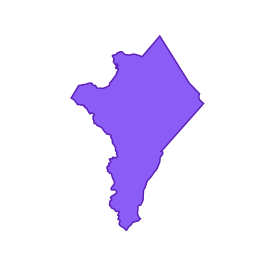 San Jeronimo, Copán, Honduras (orthographic projection), rotated 109°
{"feature_id": "27666195B76095936312839", "entity_name": "San Jeronimo", "entity_type": "district", "adm_level": 2, "iso_a3": "HND", "parent_name": "Honduras", "parent_adm1": "Copán", "projection": "orthographic", "projection_center": [-88.881, 14.954], "detail": "fine", "context": "isolated", "style": "filled", "palette": "violet", "viewbox_px": 256, "rotation_deg": 109, "n_neighbors": 0, "source": "geoboundaries", "source_scale": "gbopen_adm2", "svg_char_len": 5799}
<svg xmlns="http://www.w3.org/2000/svg" viewBox="0 0 256 256"><g transform="rotate(109 128 128)"><path d="M118.3,191.5L118.4,190.3L118.6,189.2L118.9,188.5L119.1,187.8L120.8,185.2L121.4,184.4L122.0,183.8L122.2,183.4L122.2,183.1L121.9,182.5L121.7,181.9L121.6,181.2L121.7,179.9L121.5,179.4L121.2,178.6L121.0,178.0L120.9,177.3L121.0,176.8L121.2,176.6L121.4,176.6L121.7,176.7L121.9,176.6L122.0,176.3L122.0,175.9L122.0,175.7L122.5,175.3L122.7,175.1L122.7,174.8L122.6,174.4L122.6,174.2L123.0,173.7L123.1,173.4L122.9,173.1L123.0,172.9L123.5,172.9L123.7,172.7L126.6,169.3L126.9,168.6L126.9,168.3L126.6,167.8L126.3,167.7L125.8,167.7L125.7,167.7L125.5,167.2L125.6,166.1L126.0,164.6L126.2,164.3L126.6,164.3L127.5,164.5L128.3,164.9L130.1,164.1L130.8,164.0L131.1,163.8L131.6,163.3L131.9,163.0L133.1,162.3L134.8,161.3L134.8,161.1L134.5,161.0L134.4,160.8L134.4,160.1L134.6,159.4L134.9,158.6L135.2,158.4L135.6,158.2L135.8,157.6L135.7,156.6L136.0,154.8L135.9,153.9L136.1,153.3L136.3,152.8L136.9,152.0L139.3,148.7L139.4,148.3L139.4,147.6L139.5,147.2L139.8,146.9L140.4,146.7L140.5,146.5L140.6,146.3L140.2,143.1L140.3,142.2L140.5,141.8L140.7,141.6L141.1,141.4L141.9,141.4L142.4,141.2L142.7,140.9L143.3,140.1L143.8,139.5L144.6,138.9L145.3,138.4L146.0,138.1L146.3,138.1L146.6,138.3L146.8,138.2L147.8,137.2L148.2,136.4L148.4,135.9L149.5,134.6L150.2,133.8L151.0,133.4L152.2,132.8L153.3,132.5L153.6,132.3L154.1,131.3L154.6,130.6L155.0,130.4L155.7,130.6L156.2,130.4L156.7,130.1L157.1,129.5L157.3,129.2L158.2,128.7L158.5,128.7L158.8,128.8L159.2,129.1L159.6,129.5L160.0,130.2L160.4,131.0L160.5,131.5L160.4,132.2L160.6,132.7L160.9,133.0L161.2,133.1L161.4,133.0L161.7,132.6L161.9,132.6L162.1,132.7L162.6,133.8L163.0,134.9L163.3,135.4L163.5,135.4L164.0,135.1L165.5,133.4L165.8,133.2L166.0,133.2L166.3,133.2L166.5,133.4L167.7,134.7L167.9,134.7L168.3,134.5L169.0,134.2L169.7,133.7L169.9,133.7L170.1,133.7L170.2,133.8L170.4,134.5L170.7,134.8L171.5,135.0L172.3,135.1L172.8,134.9L173.5,134.4L173.7,134.1L174.1,133.4L174.6,132.9L174.9,132.9L175.0,132.9L175.2,133.2L175.3,133.3L175.5,133.2L175.6,132.7L175.6,132.2L175.7,131.8L176.2,131.4L176.7,130.8L176.7,130.6L176.5,130.1L176.5,129.7L176.5,129.0L176.7,128.8L177.1,128.5L180.5,126.2L181.3,125.3L182.2,124.3L183.0,123.6L183.4,123.3L184.2,123.0L185.1,122.9L186.8,123.2L189.0,124.0L189.8,124.1L190.4,124.2L190.9,124.1L191.3,124.0L191.7,123.8L191.8,123.6L191.9,123.4L191.8,122.8L191.5,122.1L190.9,121.3L190.8,121.0L190.8,120.6L191.0,119.6L191.3,118.8L191.7,118.2L192.2,117.9L192.6,117.7L193.0,117.8L193.8,118.2L195.5,119.3L197.9,121.3L198.6,121.7L199.1,121.9L199.5,121.9L199.9,121.5L200.1,121.2L200.2,120.7L200.3,120.5L200.5,120.3L200.8,120.2L201.1,120.1L201.5,120.2L201.8,120.4L202.2,121.0L202.6,121.1L202.9,121.2L204.1,121.0L207.0,120.4L207.5,119.5L207.7,118.6L207.9,118.2L208.2,118.0L208.7,118.0L208.9,117.9L209.1,115.6L209.1,114.7L209.1,114.4L209.7,113.9L210.1,113.3L210.6,112.7L210.8,112.2L210.8,111.9L210.2,111.2L209.9,110.4L209.8,109.8L209.9,109.4L210.3,109.2L210.8,109.1L212.7,109.3L213.6,109.3L213.8,109.2L213.9,108.8L213.8,108.5L213.8,108.2L214.1,107.9L214.7,107.8L217.1,107.7L217.7,107.6L217.7,106.6L217.8,105.9L217.9,105.6L218.2,105.4L218.8,105.2L219.7,105.4L220.5,105.3L221.5,105.1L222.0,104.8L222.5,104.2L222.9,103.5L223.1,102.8L223.4,101.0L223.9,99.2L224.5,97.9L225.3,96.6L225.1,96.5L224.7,96.0L224.2,95.7L223.6,95.6L222.5,95.5L221.3,95.2L220.6,94.9L219.7,94.2L219.1,93.8L217.5,93.3L216.3,93.1L215.9,93.0L215.7,92.7L214.5,91.1L213.7,90.0L212.9,88.6L212.6,88.2L211.0,87.3L209.7,86.7L209.3,87.9L209.0,88.4L207.5,89.8L206.1,91.0L205.2,91.4L201.9,92.1L199.5,92.9L198.8,93.0L198.5,93.0L198.2,92.8L197.5,92.3L197.2,91.8L197.0,91.2L196.7,90.9L194.3,90.6L192.1,90.3L191.1,90.4L190.0,90.6L187.3,91.5L181.9,93.0L181.2,92.9L179.6,92.6L178.2,92.5L175.4,92.5L174.6,92.5L173.5,92.7L172.4,92.6L171.7,92.5L171.1,92.3L168.6,91.1L166.5,90.3L164.8,89.8L161.4,88.9L160.6,88.6L159.4,88.0L158.3,87.7L157.0,87.3L156.1,87.2L150.0,86.9L147.7,87.4L145.8,87.9L145.2,87.9L144.5,87.9L144.1,87.8L143.1,87.2L142.5,87.0L141.6,86.8L140.9,86.8L140.5,86.9L139.9,87.1L139.6,87.4L139.3,87.7L139.4,89.0L80.2,64.5L79.8,65.6L79.1,67.6L78.9,67.8L78.6,68.0L78.4,68.1L78.1,69.6L78.0,69.8L76.6,70.6L75.4,71.2L73.4,71.5L72.3,71.5L65.8,84.4L30.7,127.9L56.1,137.9L55.9,140.0L55.9,143.1L56.2,146.4L56.3,146.8L56.6,147.3L58.1,149.6L58.7,150.7L58.8,151.2L59.4,154.0L59.4,154.9L59.3,155.6L59.1,156.1L58.6,156.8L58.2,157.7L58.0,158.7L58.1,159.5L58.4,160.0L58.8,160.7L59.0,160.9L59.4,161.1L59.8,161.5L60.1,161.8L60.4,162.4L60.7,162.7L61.3,163.0L62.2,163.1L62.8,163.6L63.9,165.6L64.2,166.1L64.4,166.2L64.6,166.3L64.8,166.3L65.3,166.0L66.7,164.1L66.9,163.9L67.7,163.8L68.4,163.3L68.8,163.2L69.4,163.2L69.6,163.3L69.9,163.5L70.1,163.4L70.5,162.5L71.0,162.2L71.3,162.0L72.0,161.0L72.4,160.2L72.5,159.9L72.4,159.8L72.2,159.8L71.9,160.0L71.7,160.0L71.3,159.8L71.1,159.4L71.0,159.1L71.1,158.7L71.3,158.4L71.6,158.2L72.0,158.0L72.4,157.9L72.7,158.0L73.0,158.2L73.2,158.4L73.2,158.7L73.2,158.9L72.9,159.1L72.9,159.3L73.0,159.5L73.5,159.3L73.9,158.9L73.9,158.5L73.7,158.1L73.8,157.9L74.0,157.8L74.3,157.8L74.5,158.0L75.3,159.3L75.5,159.1L75.5,158.8L75.4,157.7L75.4,156.6L75.5,156.2L75.8,156.0L76.1,156.0L78.1,156.6L80.8,156.6L81.5,156.6L82.3,156.7L82.8,156.8L83.7,157.3L88.2,158.6L89.9,159.3L91.1,159.8L91.9,159.8L92.6,159.7L93.7,159.5L93.9,159.5L94.1,159.6L94.5,160.0L95.5,160.8L96.4,161.9L97.2,162.6L97.9,163.6L98.5,164.2L98.7,164.5L99.2,166.7L99.6,167.8L100.1,169.0L100.2,169.3L100.2,169.9L100.0,170.6L99.8,171.2L99.5,171.4L98.9,171.9L98.6,172.2L98.4,172.6L98.5,173.0L98.7,173.5L98.8,174.0L98.8,175.8L98.7,175.9L98.2,175.9L97.7,176.3L97.5,176.7L97.4,177.2L98.0,178.7L98.7,180.2L99.0,180.6L99.7,181.1L100.2,181.7L102.1,185.4L102.9,186.3L103.3,187.3L104.0,188.5L118.3,191.5Z" fill="#8b5cf6" stroke="#5b21b6" stroke-width="1.5"/></g></svg>